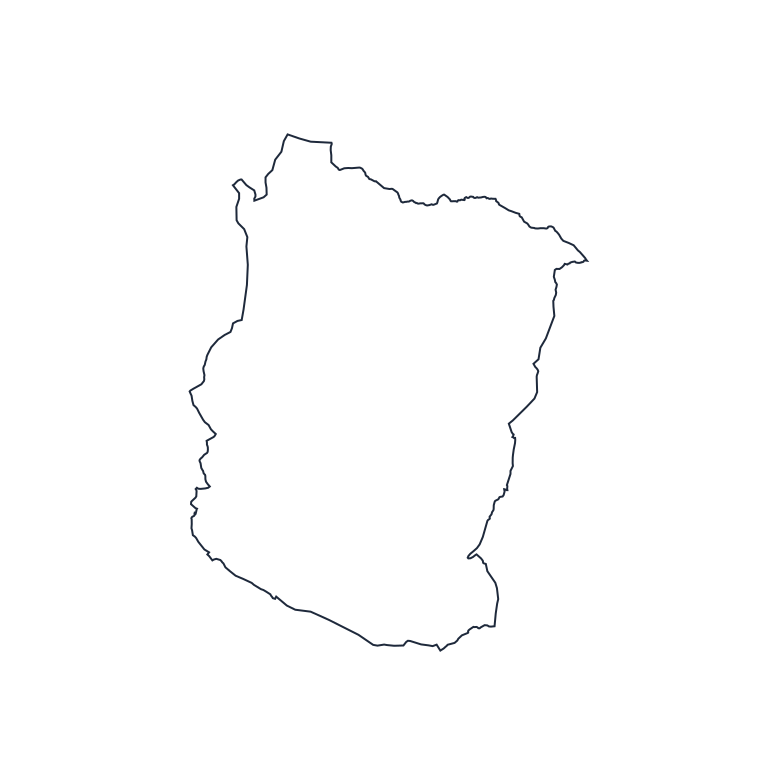 Vama, Suceava, Romania, rotated 157°
{"feature_id": "2599482B26508279018163", "entity_name": "Vama", "entity_type": "district", "adm_level": 2, "iso_a3": "ROU", "parent_name": "Romania", "parent_adm1": "Suceava", "projection": "albers", "projection_center": [25.697, 47.569], "detail": "fine", "context": "isolated", "style": "outline", "palette": "slate", "viewbox_px": 768, "rotation_deg": 157, "n_neighbors": 0, "source": "geoboundaries", "source_scale": "gbopen_adm2", "svg_char_len": 6154}
<svg xmlns="http://www.w3.org/2000/svg" viewBox="0 0 768 768"><g transform="rotate(157 384 384)"><path d="M445.4,626.0L442.8,616.3L445.0,611.1L450.7,604.7L455.7,592.3L455.3,588.8L452.2,581.2L452.4,572.6L456.9,564.4L462.8,546.9L471.5,528.7L484.2,507.4L490.0,498.5L494.2,499.3L499.3,498.8L502.2,494.7L505.0,491.9L511.5,491.4L519.3,489.8L528.7,485.3L535.2,479.8L536.6,478.3L537.9,476.1L539.5,474.5L541.2,472.1L541.9,471.3L543.0,470.6L544.1,469.2L544.4,468.6L545.1,466.2L545.8,462.3L546.9,460.6L547.6,458.5L548.6,457.1L552.2,455.1L561.5,454.1L564.8,453.6L565.8,453.1L565.8,450.7L565.7,448.5L567.0,443.3L567.6,439.0L566.4,436.6L565.7,434.5L565.4,429.5L564.5,421.8L563.8,418.8L561.5,414.8L561.0,409.9L560.1,407.5L558.4,403.7L560.1,402.4L561.5,401.8L569.5,401.0L569.9,399.2L570.7,397.3L570.7,396.1L570.9,394.6L571.8,392.3L572.8,390.5L573.8,389.7L577.2,389.1L580.0,387.6L581.9,387.0L583.2,386.3L583.7,385.7L583.9,384.7L583.8,382.8L585.0,378.1L584.7,375.5L584.5,374.8L584.9,372.2L584.7,371.6L584.2,370.3L584.4,369.1L585.6,366.2L586.0,363.7L585.9,363.0L585.2,360.0L584.7,358.8L584.4,357.7L586.4,357.2L589.3,357.7L593.8,359.1L595.4,359.9L596.1,360.5L596.8,361.6L598.4,360.9L598.2,359.7L598.4,358.6L600.7,353.9L602.0,353.0L606.7,351.3L607.5,350.9L608.6,348.8L606.1,343.5L604.9,342.3L605.2,342.1L608.1,338.1L608.4,337.9L608.7,338.2L608.9,339.0L609.2,338.6L609.3,338.0L609.9,337.1L610.4,336.8L612.2,336.7L613.0,336.4L613.8,335.7L613.9,334.6L615.7,330.2L617.6,326.4L617.8,324.4L619.0,319.5L617.7,317.4L617.1,315.6L616.6,311.3L614.0,301.9L610.8,297.4L613.2,296.1L612.2,293.9L610.9,288.7L609.2,288.9L606.7,288.6L603.4,285.9L602.7,284.0L602.6,283.1L601.9,281.6L601.6,277.2L598.9,271.8L595.5,265.5L589.7,259.5L583.5,252.6L582.2,249.9L577.4,243.2L575.5,241.5L573.6,238.9L570.8,234.8L570.7,233.4L570.2,231.6L570.0,230.3L568.2,228.8L566.3,230.4L560.0,218.0L553.9,210.9L540.5,203.1L527.0,188.5L505.5,163.1L495.9,148.1L492.2,145.7L485.7,144.1L483.2,142.5L477.0,139.1L468.3,135.7L464.3,137.9L462.3,138.3L460.3,137.2L451.6,129.8L445.1,126.0L441.6,123.7L437.4,123.5L436.3,116.6L432.5,117.2L430.7,117.8L430.0,118.1L429.0,118.3L427.3,119.1L420.2,118.1L416.8,119.2L415.1,120.5L410.5,122.2L404.1,122.1L403.6,122.3L403.2,123.6L402.4,124.2L401.2,124.6L396.6,125.5L396.0,125.0L393.7,124.2L393.1,123.5L392.6,122.4L391.9,121.9L391.3,121.8L390.0,122.2L385.6,122.7L383.2,121.4L382.1,119.8L380.4,118.9L376.9,117.8L370.7,129.3L365.6,137.7L362.9,141.4L359.8,152.0L359.2,157.5L362.0,171.3L360.6,178.6L362.2,179.9L362.6,180.7L362.1,182.7L362.8,185.5L365.4,191.0L366.4,190.9L369.7,190.0L372.5,189.8L374.5,190.5L374.8,191.4L373.5,192.7L370.9,194.0L367.1,195.1L362.6,196.6L358.6,199.0L352.8,204.6L342.3,217.6L341.5,218.1L339.4,218.6L339.0,219.1L338.8,220.3L338.6,220.6L336.0,222.0L334.6,223.8L332.6,225.1L331.9,226.1L330.3,229.6L328.1,232.4L327.2,233.0L323.8,233.2L321.9,234.7L321.2,234.7L318.8,234.1L317.3,235.0L315.0,237.9L314.5,240.2L314.1,240.0L312.6,238.4L311.9,238.1L311.6,239.4L310.3,241.9L310.4,242.9L302.7,251.8L301.5,254.6L297.4,258.1L296.5,260.9L294.3,265.9L293.0,268.3L290.2,273.0L286.5,278.4L285.0,281.3L284.4,283.1L285.4,283.4L285.5,283.9L286.5,285.0L285.4,285.7L284.4,286.9L284.9,287.7L285.3,289.8L284.6,298.7L279.7,300.1L261.5,307.3L251.2,311.8L246.2,316.7L240.6,331.1L239.7,332.5L238.5,333.7L237.0,335.5L237.0,337.3L237.5,339.2L238.1,340.6L238.5,344.2L232.1,346.4L225.9,356.3L217.2,362.7L200.6,380.1L197.8,388.9L195.7,394.4L194.8,395.0L193.6,396.6L191.1,398.8L189.8,400.8L189.2,403.8L187.4,405.9L186.0,408.0L186.1,409.6L186.5,410.9L186.0,413.4L185.8,416.3L182.2,422.2L180.3,422.6L177.5,421.3L174.6,421.9L172.0,423.0L170.7,424.0L168.4,422.3L167.4,422.7L165.9,422.5L165.1,423.0L162.9,422.8L160.5,422.2L159.8,420.8L158.1,419.7L156.7,419.1L155.0,418.8L154.7,419.0L153.7,418.6L152.7,418.6L151.7,419.3L151.1,419.3L150.3,419.0L149.0,418.2L149.4,419.7L149.6,421.3L152.1,428.9L153.3,431.2L155.2,437.6L158.9,441.7L163.0,445.7L164.0,448.6L164.5,453.1L165.2,455.5L165.8,457.1L166.5,458.0L166.8,461.6L167.4,462.6L168.6,463.8L170.5,464.5L171.4,464.5L172.6,463.6L173.6,463.6L174.7,464.1L175.7,464.8L179.1,466.3L181.6,467.0L184.1,468.2L184.7,468.9L187.4,470.4L188.6,472.1L189.0,474.5L189.4,475.8L191.6,478.7L192.1,483.6L193.1,484.7L193.5,485.8L193.0,487.8L195.9,490.1L199.2,493.3L201.3,495.1L203.7,498.5L207.9,504.0L208.0,504.7L207.8,505.4L208.0,506.3L209.3,508.5L209.0,509.5L209.0,510.9L211.9,512.2L212.8,512.8L213.4,513.0L214.2,513.0L215.0,513.6L215.7,514.5L216.2,514.8L217.0,514.9L217.4,516.4L218.2,517.0L219.7,517.5L221.8,517.8L224.5,518.7L225.3,519.6L226.8,519.5L227.6,519.7L228.2,520.1L228.7,520.7L228.8,521.4L230.7,522.6L231.6,522.8L233.1,522.3L234.0,522.4L234.6,522.9L235.3,523.9L236.9,523.7L237.3,523.4L237.6,523.1L237.6,522.3L237.8,522.0L238.2,521.9L240.9,523.5L242.3,523.4L243.5,524.1L244.4,524.0L245.1,523.3L245.6,523.3L246.6,524.3L250.9,526.0L251.2,526.8L251.2,528.1L252.4,531.3L254.6,534.8L255.3,535.0L257.5,534.7L259.5,534.2L261.2,533.4L262.1,532.7L264.1,530.1L264.8,529.5L268.4,529.6L269.2,530.0L269.9,530.8L272.5,531.0L274.6,531.5L275.8,532.5L276.6,533.6L276.8,534.5L277.2,535.0L280.0,536.1L281.7,536.5L282.4,536.9L283.0,537.7L283.8,538.0L284.0,538.6L284.9,539.4L285.2,539.9L285.7,541.2L286.5,542.1L287.2,542.3L288.5,542.4L289.3,542.2L290.4,542.4L291.3,542.8L292.5,543.0L293.4,543.4L295.7,543.7L296.9,545.0L297.0,545.8L297.0,546.6L296.8,547.4L297.1,549.5L296.7,551.3L296.8,553.1L296.6,553.7L296.8,555.1L299.9,560.2L300.7,560.7L302.7,561.3L307.4,564.3L312.2,573.8L312.7,573.8L313.6,574.4L316.1,577.5L317.4,578.4L317.8,580.9L319.1,582.7L319.2,583.9L318.8,585.6L319.0,586.8L319.5,588.1L319.8,590.2L320.2,591.0L321.4,592.4L322.2,592.9L329.2,595.2L332.5,596.8L336.3,598.1L340.6,598.2L341.3,598.4L341.9,599.1L342.1,600.8L342.3,601.3L343.4,603.0L345.9,608.6L343.1,615.2L341.7,620.1L340.2,623.3L338.3,625.4L338.1,626.6L356.8,635.7L365.9,643.0L375.2,651.4L381.3,646.7L387.7,637.9L396.5,633.0L403.2,624.5L408.5,622.6L412.3,620.5L414.3,615.8L415.5,610.6L418.0,604.2L421.9,602.9L431.7,603.4L431.0,605.3L429.1,606.8L428.3,608.6L427.8,612.9L431.1,617.7L433.0,620.9L435.2,627.9L436.3,628.3L438.8,628.3L441.1,627.5L443.7,626.3L445.4,626.0Z" fill="none" stroke="#1e293b" stroke-width="2"/></g></svg>